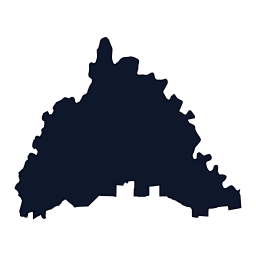 Mesuji, Lampung, Indonesia
{"feature_id": "22746128B5734020897269", "entity_name": "Mesuji", "entity_type": "district", "adm_level": 2, "iso_a3": "IDN", "parent_name": "Indonesia", "parent_adm1": "Lampung", "projection": "robinson", "projection_center": [105.324, -3.974], "detail": "fine", "context": "isolated", "style": "filled", "palette": "ink", "viewbox_px": 256, "rotation_deg": 0, "n_neighbors": 0, "source": "geoboundaries", "source_scale": "gbopen_adm2", "svg_char_len": 5705}
<svg xmlns="http://www.w3.org/2000/svg" viewBox="0 0 256 256"><path d="M239.2,190.5L238.3,191.1L237.2,191.4L235.5,190.3L234.8,189.0L233.3,187.2L231.7,186.0L231.0,186.0L228.7,187.2L228.0,187.8L226.7,188.5L224.9,189.1L222.9,187.9L222.3,186.9L221.5,184.2L221.5,183.6L221.7,182.8L222.1,181.8L224.4,179.7L225.2,178.6L225.6,177.9L225.8,177.0L225.8,176.5L225.0,175.8L222.4,175.1L220.0,175.3L219.1,175.0L218.2,174.0L217.9,173.1L217.3,172.4L217.2,172.1L217.1,170.9L217.4,167.9L217.3,166.1L216.4,165.7L215.8,165.7L215.1,165.9L214.4,166.7L214.0,168.6L213.2,170.1L212.2,171.0L210.6,171.9L209.1,171.5L207.8,170.3L207.3,169.3L206.7,168.5L206.1,166.8L205.4,163.9L205.8,161.4L210.0,159.6L211.0,158.4L211.1,157.3L210.4,155.9L209.7,154.8L208.7,154.8L207.0,155.2L204.6,156.3L203.3,156.2L200.3,153.6L199.3,153.0L198.6,153.1L197.6,153.9L197.5,155.6L197.5,157.8L197.0,159.0L196.3,159.5L195.5,159.7L194.0,159.7L192.6,158.5L192.2,157.4L192.2,156.7L192.0,156.1L191.9,155.6L192.0,154.8L193.4,151.4L194.6,147.4L195.3,146.2L196.6,144.9L199.6,141.2L200.2,139.5L199.1,137.3L197.0,134.3L195.3,131.2L194.7,129.6L194.4,128.1L194.4,126.5L193.2,125.4L190.4,124.0L189.8,123.9L188.3,122.8L188.0,121.7L187.3,120.7L187.2,119.7L187.5,119.0L194.2,117.6L194.3,116.8L194.1,116.0L193.6,115.2L190.4,111.0L189.2,111.2L186.3,115.5L184.2,115.1L182.7,114.2L181.0,112.9L178.7,111.8L178.5,111.4L178.5,110.8L179.9,107.9L181.2,104.6L182.1,102.1L182.1,101.8L181.6,101.2L177.9,99.4L176.7,98.6L176.3,98.0L175.3,96.4L174.0,94.8L171.6,96.7L170.8,98.9L169.2,100.6L167.8,100.2L167.6,99.9L167.0,99.7L166.6,99.3L166.0,98.7L163.6,94.4L163.0,93.3L162.7,92.6L162.6,91.4L162.7,90.7L164.4,88.0L166.6,83.8L167.0,82.7L167.1,82.0L166.9,80.9L166.3,79.9L165.7,79.5L165.3,79.4L164.6,79.6L162.8,80.4L163.0,80.2L160.3,80.6L159.4,80.4L157.7,80.5L156.9,80.3L156.2,80.0L155.2,79.3L154.5,78.2L154.1,77.2L153.6,74.7L153.3,74.0L153.1,73.6L152.3,73.2L151.1,73.5L147.8,75.4L145.7,75.6L142.2,75.2L140.8,75.4L138.5,75.4L137.9,75.1L137.1,74.8L136.6,74.3L136.4,73.7L136.4,72.5L137.1,70.5L137.5,68.9L137.7,65.2L138.0,63.5L138.4,62.2L138.3,60.7L137.8,59.9L137.2,59.4L133.5,57.7L130.9,57.1L128.1,57.6L123.7,57.9L121.7,58.8L119.8,60.8L118.7,62.2L117.8,63.1L116.9,63.3L116.7,64.0L115.9,64.6L114.6,64.7L113.7,64.3L113.2,64.0L112.4,62.7L111.4,59.2L111.2,56.7L111.8,49.5L111.3,47.3L110.6,46.0L108.4,40.3L107.8,39.4L106.5,38.1L106.0,37.8L105.5,37.8L104.3,38.1L102.7,38.9L101.5,39.6L100.9,40.7L99.9,45.1L99.0,48.2L98.7,48.7L97.7,49.7L97.5,50.5L97.5,51.8L97.7,53.4L97.8,56.4L97.6,58.1L96.4,62.2L95.7,63.2L94.1,63.9L93.5,63.9L91.3,63.0L91.0,63.3L90.7,63.3L89.9,64.1L89.8,64.6L89.7,65.7L89.9,67.3L89.7,70.9L89.5,72.5L89.1,73.6L89.1,75.1L89.2,75.9L89.6,76.6L91.6,78.0L92.1,78.5L92.5,79.1L92.7,80.0L92.6,81.8L92.2,83.1L90.2,86.1L88.5,90.3L87.9,92.6L87.2,93.7L86.3,94.5L84.0,95.5L83.5,95.8L82.9,96.8L82.2,98.5L80.2,101.9L77.0,103.6L76.3,103.7L76.1,103.6L74.6,102.4L74.0,99.0L73.3,98.0L72.6,97.6L71.4,97.6L70.0,98.6L69.0,99.1L68.6,99.1L66.7,98.3L64.8,97.9L63.9,98.5L62.2,100.0L60.8,100.9L56.8,102.7L56.5,103.1L53.5,107.4L53.7,108.9L54.2,109.8L54.3,110.9L54.2,111.3L52.8,113.9L52.0,114.9L49.2,115.3L48.4,114.4L48.1,113.1L47.9,112.8L47.6,112.6L47.3,111.9L43.8,113.7L42.5,117.3L42.8,119.3L43.0,119.8L44.9,120.7L44.9,121.4L45.2,122.4L44.7,127.5L42.4,129.2L42.1,129.5L42.1,131.3L42.6,132.9L41.5,135.1L40.0,137.6L37.8,136.4L36.4,136.6L35.7,137.5L35.4,140.0L34.3,140.2L33.3,143.1L33.2,143.7L33.1,144.0L33.0,145.8L33.1,146.0L32.9,146.3L34.1,148.2L34.3,148.2L34.4,147.7L35.2,147.4L35.4,147.4L35.9,147.7L36.4,148.4L36.9,148.7L37.2,149.2L38.0,149.9L37.8,150.1L38.5,151.6L37.6,154.9L36.3,155.8L35.7,155.5L35.3,155.4L34.9,155.6L34.2,154.5L32.3,153.7L30.8,153.5L30.3,153.7L30.2,154.0L29.8,154.2L29.9,154.5L29.0,155.5L28.4,156.5L28.5,160.5L26.8,161.0L26.0,162.2L25.7,163.0L26.0,163.1L26.0,163.7L25.7,164.0L25.8,164.5L25.6,164.8L25.3,164.5L25.2,165.3L24.7,165.9L24.5,167.4L24.1,167.7L24.3,168.2L19.2,172.9L19.3,173.5L19.8,174.5L19.8,174.8L19.2,176.0L19.4,176.1L19.5,176.4L19.8,176.8L19.9,177.7L19.6,178.0L20.1,178.4L20.0,178.9L20.2,179.4L20.3,180.3L20.2,180.6L20.4,180.8L20.0,181.3L19.7,182.1L19.4,182.7L19.4,183.1L19.2,183.2L18.9,183.0L18.0,183.7L17.5,184.2L17.6,184.4L17.4,184.7L17.1,184.7L16.4,185.5L16.3,185.9L16.0,186.3L15.8,186.9L15.9,187.2L15.5,187.6L15.4,188.4L17.0,189.6L19.3,191.9L18.8,192.2L19.9,194.1L18.8,195.0L21.3,197.3L22.8,200.6L22.0,203.9L19.9,211.7L20.5,212.2L20.7,215.4L21.4,216.0L24.4,216.0L25.1,216.7L26.8,216.8L26.8,214.8L27.3,214.9L27.3,212.8L30.0,211.6L32.1,211.2L34.8,210.9L34.7,212.4L33.7,212.4L33.7,218.2L38.2,215.2L38.6,215.5L41.1,213.6L42.3,216.6L43.0,217.6L43.8,218.2L45.3,217.7L44.8,216.2L45.3,210.1L46.4,210.1L49.2,209.0L51.0,208.7L54.6,206.1L56.8,205.1L58.8,205.0L59.0,204.2L60.5,203.1L61.7,200.8L63.1,200.0L63.6,199.3L64.0,199.3L64.5,198.8L66.3,198.9L69.0,201.5L72.7,204.3L74.4,206.3L75.0,206.8L76.3,206.3L78.3,206.1L87.9,205.7L97.7,196.1L98.8,194.8L100.8,195.2L113.0,195.5L115.6,196.1L115.9,184.2L117.1,184.4L122.8,184.9L123.0,183.9L124.4,181.9L124.9,181.3L125.4,181.2L125.8,181.5L126.5,182.4L126.9,182.6L127.4,182.5L127.5,180.6L129.8,180.6L131.4,180.4L134.9,180.4L135.1,183.2L135.0,186.3L135.0,188.1L134.5,189.3L134.4,195.7L138.4,195.7L138.5,196.1L145.6,196.0L145.9,195.5L147.1,195.2L148.4,195.1L148.6,194.8L148.5,186.0L155.5,185.3L160.1,184.7L160.1,195.7L167.2,195.6L168.7,197.2L171.8,198.0L172.8,198.9L172.8,198.2L179.6,202.2L182.1,203.4L182.6,204.4L184.7,205.1L186.3,205.9L190.1,206.5L191.0,207.0L192.6,209.3L192.7,216.4L196.3,217.0L197.5,217.0L198.5,215.1L207.6,215.8L207.7,210.6L208.0,209.2L208.0,208.1L212.5,207.8L216.8,207.0L216.8,206.4L228.6,205.3L229.1,209.5L240.6,207.4L239.7,195.5L239.4,194.4L238.7,193.2L239.2,190.5Z" fill="#0f172a" stroke="#020617" stroke-width="1.5"/></svg>